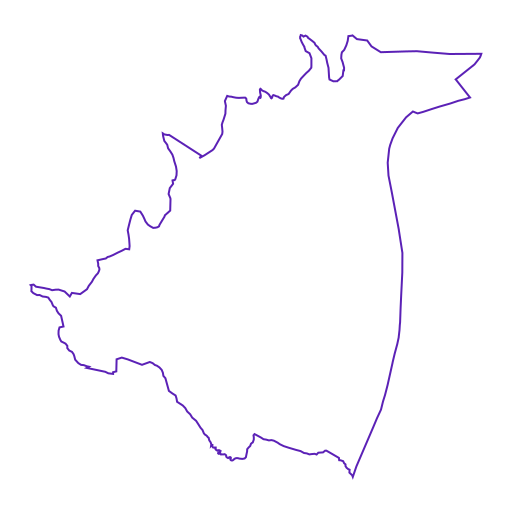 Techaluta de Montenegro, Jalisco, Mexico
{"feature_id": "50627088B22644840277804", "entity_name": "Techaluta de Montenegro", "entity_type": "district", "adm_level": 2, "iso_a3": "MEX", "parent_name": "Mexico", "parent_adm1": "Jalisco", "projection": "robinson", "projection_center": [-103.587, 20.094], "detail": "fine", "context": "isolated", "style": "outline", "palette": "violet", "viewbox_px": 512, "rotation_deg": 0, "n_neighbors": 0, "source": "geoboundaries", "source_scale": "gbopen_adm2", "svg_char_len": 5881}
<svg xmlns="http://www.w3.org/2000/svg" viewBox="0 0 512 512"><path d="M352.8,476.9L356.4,466.4L369.4,436.1L373.3,427.0L377.0,418.2L381.0,409.6L383.0,401.5L385.0,395.1L387.6,385.0L392.6,362.6L392.6,362.4L394.7,353.6L397.1,344.7L397.2,344.4L398.7,337.4L398.7,337.1L399.5,330.1L399.8,325.2L400.1,322.2L400.6,308.0L401.2,294.9L402.3,272.6L402.4,252.9L398.8,229.8L398.8,229.6L391.8,192.3L388.5,175.6L387.7,162.7L389.2,148.7L390.2,144.9L392.6,138.3L397.8,127.9L406.1,117.3L412.9,111.5L415.3,112.5L417.7,113.4L423.1,111.9L432.2,108.9L439.8,106.5L450.3,103.5L458.3,100.8L464.7,99.2L470.0,97.5L455.9,79.6L455.7,79.4L474.5,64.4L477.6,60.5L479.9,57.5L480.7,55.6L481.3,53.8L449.6,54.0L432.6,52.6L416.9,51.2L406.5,51.4L380.8,52.2L371.5,46.4L367.2,40.5L356.9,39.1L352.5,35.4L351.6,35.7L348.4,36.1L347.7,40.9L346.3,45.4L344.2,49.9L341.9,52.3L341.4,54.8L341.2,58.4L342.6,62.1L344.1,67.8L344.0,70.3L343.4,70.3L342.7,76.0L339.0,79.7L338.1,80.3L337.3,81.2L333.4,81.3L329.5,79.5L329.1,77.5L328.5,67.8L327.2,62.8L326.5,59.3L325.6,55.7L324.3,54.9L321.5,51.5L318.6,48.4L317.7,46.8L316.0,45.5L315.2,44.4L314.5,42.8L312.3,41.0L309.7,39.0L308.0,37.8L307.5,36.7L305.5,35.6L303.5,36.6L302.3,35.5L300.8,35.1L300.7,35.8L300.2,36.4L300.1,38.2L300.6,39.2L301.6,41.8L302.9,44.3L304.4,46.9L304.4,47.4L305.7,51.1L309.5,53.2L311.4,58.2L311.4,65.9L311.3,67.7L308.9,70.7L306.3,73.0L303.9,75.5L301.0,78.6L299.4,81.2L298.1,84.8L295.3,87.4L292.7,88.9L291.0,90.6L288.6,94.0L286.1,95.1L284.3,96.7L283.8,97.4L283.5,98.6L282.8,98.8L281.5,98.6L280.5,98.2L279.0,97.4L278.2,96.7L277.4,96.5L275.9,96.1L275.2,95.7L273.4,95.1L272.8,95.5L272.3,96.6L272.1,97.7L271.4,98.3L270.9,97.9L270.4,96.8L269.6,95.7L269.0,94.6L267.4,93.2L266.1,92.3L264.7,91.5L263.6,91.2L262.0,90.4L261.1,89.3L260.4,88.8L259.9,89.5L260.0,91.1L260.1,92.5L260.5,94.2L260.8,95.6L260.7,97.2L260.0,98.7L260.3,97.4L259.7,96.7L259.1,97.2L258.6,98.3L258.2,99.3L257.4,101.7L256.0,102.8L254.0,103.4L252.2,103.9L250.7,103.8L248.4,103.3L247.0,102.1L246.5,100.7L246.3,98.8L245.5,97.8L245.0,97.6L244.7,97.7L242.8,97.7L238.7,97.9L236.0,97.7L232.9,97.1L231.4,96.7L229.1,96.5L227.2,95.9L224.9,101.0L225.0,101.7L225.9,105.8L225.5,110.3L225.4,113.7L224.1,117.9L223.5,119.8L222.5,122.4L221.8,124.8L222.2,128.3L222.5,131.7L222.2,134.0L214.0,148.6L212.5,150.1L204.5,155.3L199.4,158.1L201.5,155.8L169.1,134.9L167.5,135.0L164.3,134.4L162.8,133.4L163.1,136.0L164.3,140.9L167.2,144.7L168.1,148.3L170.4,151.5L172.4,154.7L173.5,157.9L174.3,161.3L176.0,166.6L176.7,171.1L176.5,175.3L175.3,179.2L174.6,180.1L173.4,180.1L172.5,180.4L173.1,183.8L169.8,188.1L168.6,194.0L170.4,198.3L170.5,199.3L170.5,199.5L170.2,210.6L164.9,215.3L164.5,216.6L162.3,220.2L160.0,224.0L159.3,225.3L159.1,226.2L158.8,226.5L157.3,227.3L155.5,227.7L153.2,227.9L150.3,226.3L147.9,224.6L145.5,221.5L144.4,218.9L142.9,215.7L140.3,211.6L135.1,210.7L131.8,214.9L130.4,219.5L129.2,224.2L127.7,230.3L128.5,234.6L129.1,238.8L129.4,242.9L129.6,246.1L129.2,249.3L125.5,248.8L121.7,250.8L117.8,252.6L113.1,255.0L109.6,256.5L107.6,257.0L105.8,258.5L103.7,258.9L97.5,260.3L98.2,263.7L98.2,266.0L99.3,268.1L99.4,269.7L98.8,271.4L97.9,273.3L95.9,275.4L93.5,278.8L91.9,281.8L88.8,285.8L87.0,289.2L84.1,291.3L80.2,294.1L71.9,292.9L69.8,296.5L64.6,291.5L58.6,289.6L55.6,289.7L52.1,290.2L49.3,289.1L46.5,288.6L43.9,288.0L36.0,286.7L33.6,284.6L31.0,285.0L30.7,285.1L31.5,285.9L31.5,288.5L31.4,291.2L33.3,293.1L37.1,295.1L39.6,295.0L42.6,296.5L46.0,296.9L48.3,297.6L49.7,299.8L51.5,302.0L52.8,305.2L53.5,306.3L55.9,307.7L56.9,310.8L58.5,313.3L60.9,315.6L61.1,315.8L63.5,326.5L59.5,327.4L58.6,330.6L58.5,334.1L59.0,336.7L60.3,339.8L61.3,341.5L63.8,342.7L65.5,343.6L67.3,345.8L67.3,348.1L69.2,350.5L72.0,351.9L73.6,354.2L74.3,356.2L75.2,359.7L76.3,360.9L78.3,363.1L81.1,364.9L83.7,365.1L86.9,366.3L88.8,366.7L86.7,367.9L105.3,371.8L108.3,373.3L113.1,373.9L113.1,372.2L116.3,371.4L116.6,359.3L121.8,357.6L127.8,359.4L136.2,362.6L142.0,364.8L149.8,362.0L151.8,362.8L152.7,363.2L154.9,365.0L156.9,365.7L159.4,367.4L161.7,369.9L162.9,372.8L163.4,375.9L165.4,378.2L168.9,390.9L172.3,393.4L175.6,395.5L176.5,398.4L177.1,401.8L182.8,405.5L185.3,408.1L187.2,411.5L190.2,414.3L192.2,417.6L196.1,420.8L198.5,424.5L200.5,427.7L202.5,430.0L203.9,433.4L205.2,434.8L206.0,435.2L206.7,435.8L207.2,436.3L207.7,437.1L208.6,437.7L209.3,440.4L210.7,442.4L211.0,443.5L211.3,444.1L211.1,445.7L211.7,445.0L212.4,445.0L212.4,445.5L212.3,446.4L212.9,447.4L213.7,447.6L214.5,447.5L215.7,447.5L215.7,447.9L215.7,448.3L215.7,448.5L215.4,448.9L215.6,449.3L215.8,449.5L216.1,449.9L216.8,450.4L217.3,450.6L217.9,450.2L218.3,450.2L218.7,450.2L219.0,450.2L219.4,450.3L219.6,450.4L219.8,450.5L219.9,450.9L220.5,451.1L220.3,451.5L219.9,451.9L218.3,452.5L218.1,453.3L218.6,453.8L220.3,453.5L220.4,454.1L220.7,454.4L221.1,454.5L221.7,454.3L222.2,454.4L222.6,454.4L223.4,454.4L223.7,454.4L224.2,454.2L224.7,454.2L225.0,454.4L225.9,455.1L226.1,455.3L226.2,456.4L226.6,457.2L227.6,457.8L228.1,458.1L228.6,457.9L228.9,457.7L229.0,457.4L229.6,457.1L230.3,457.1L230.5,457.2L230.8,457.6L230.9,457.9L230.8,458.3L230.4,458.7L230.4,459.6L230.9,460.2L231.8,460.5L232.6,460.4L233.5,459.8L233.8,459.4L234.3,459.1L234.6,458.7L235.3,458.5L235.9,458.2L236.5,458.1L237.7,458.1L239.4,458.6L242.4,458.9L244.6,458.5L245.9,457.2L246.5,454.2L247.1,451.5L247.2,449.2L248.7,447.4L250.2,446.0L250.9,443.9L251.7,443.1L252.8,442.4L253.8,439.5L253.8,437.3L253.5,435.3L253.9,434.9L254.5,434.1L256.1,434.9L260.9,437.5L263.5,439.2L266.1,439.6L268.9,440.4L271.5,440.1L273.9,440.7L277.7,442.7L279.8,444.2L283.7,446.1L288.6,447.7L296.0,449.9L300.6,451.1L304.0,453.0L306.8,453.4L309.4,454.4L311.4,454.1L314.7,453.8L316.6,454.5L318.3,452.7L323.0,452.4L325.1,450.7L326.5,450.7L326.8,450.9L329.8,452.6L338.9,457.9L339.2,460.2L340.6,460.3L343.2,461.2L344.1,463.2L345.5,464.4L345.5,466.1L346.6,467.8L348.2,469.1L349.6,469.7L349.4,472.6L352.2,475.3L352.8,476.9Z" fill="none" stroke="#5b21b6" stroke-width="2"/></svg>